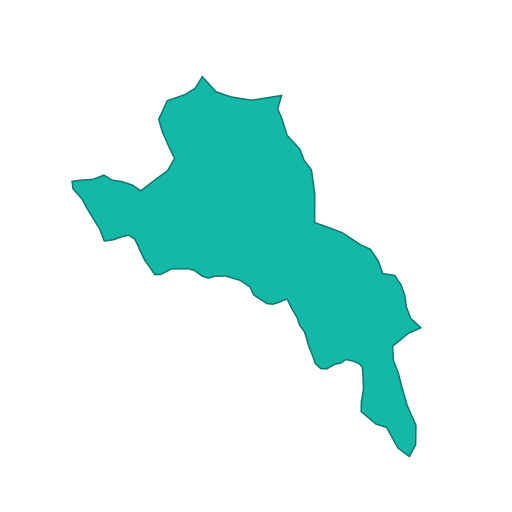 outline of Deryneia, Cyprus, rotated 192°
{"feature_id": "46923920B24128682965394", "entity_name": "Deryneia", "entity_type": "district", "adm_level": 2, "iso_a3": "CYP", "parent_name": "Cyprus", "parent_adm1": "", "projection": "equal_earth", "projection_center": [33.937, 35.078], "detail": "fine", "context": "isolated", "style": "filled", "palette": "teal", "viewbox_px": 512, "rotation_deg": 192, "n_neighbors": 0, "source": "geoboundaries", "source_scale": "gbopen_adm2", "svg_char_len": 1440}
<svg xmlns="http://www.w3.org/2000/svg" viewBox="0 0 512 512"><g transform="rotate(192 256 256)"><path d="M120.8,125.7L103.6,116.5L92.6,115.5L77.1,97.6L64.3,91.7L60.6,104.6L64.3,123.5L77.1,141.4L86.2,158.4L92.6,171.3L99.9,182.3L103.6,196.2L90.8,212.1L79.8,220.1L91.7,227.1L98.1,237.0L102.6,249.0L108.1,257.9L116.3,265.9L128.4,265.2L135.4,276.7L145.4,286.3L156.5,288.8L175.8,296.5L191.0,299.0L205.6,300.9L211.4,328.7L216.0,341.6L219.6,351.6L228.8,359.5L235.2,369.5L250.7,380.5L259.0,395.4L265.4,404.4L264.4,418.3L292.8,407.4L313.8,406.4L329.4,408.4L345.8,420.3L350.4,407.4L358.6,399.4L375.1,389.4L379.6,369.5L373.2,357.6L362.3,342.6L355.9,334.6L360.4,320.7L367.8,312.7L382.3,295.8L391.7,299.7L402.8,300.9L412.8,300.3L421.5,303.5L431.5,297.1L444.4,293.3L451.4,290.7L449.0,283.7L437.9,275.4L432.7,269.1L426.8,262.7L414.5,249.9L407.5,239.1L398.7,242.3L391.7,246.7L384.7,249.9L378.2,247.4L374.1,242.3L370.0,236.5L363.6,228.3L357.8,223.2L351.3,216.8L345.5,218.1L336.1,225.7L319.7,229.5L312.7,228.9L304.5,225.1L298.1,224.4L292.2,227.6L281.7,230.2L274.7,229.5L266.5,228.9L255.4,224.4L250.1,217.4L235.5,211.7L229.6,212.3L223.8,215.5L216.8,220.6L209.2,211.0L202.7,204.0L199.2,197.7L192.8,191.9L189.3,185.6L185.2,177.9L179.9,170.3L175.8,163.3L169.4,159.4L163.5,160.1L156.5,166.4L150.7,169.0L146.6,173.4L139.0,173.4L133.1,172.2L129.0,169.6L126.1,160.1L123.2,148.0L122.6,135.2L120.8,125.7Z" fill="#14b8a6" stroke="#0f766e" stroke-width="1.5"/></g></svg>